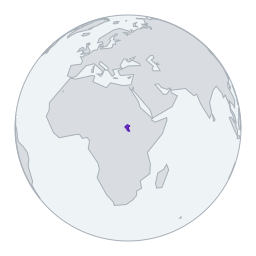 Unity on an orthographic globe, rotated 356°
{"feature_id": "SDS-871", "entity_name": "Unity", "entity_type": "State", "adm_level": 1, "iso_a3": "SSD", "parent_name": "South Sudan", "parent_adm1": "", "projection": "orthographic", "projection_center": [30.188, 8.676], "detail": "fine", "context": "on_globe", "style": "filled", "palette": "violet", "viewbox_px": 256, "rotation_deg": 356, "n_neighbors": 0, "source": "natural_earth", "source_scale": "10m", "svg_char_len": 7997}
<svg xmlns="http://www.w3.org/2000/svg" viewBox="0 0 256 256"><g transform="rotate(356 128 128)"><circle cx="128" cy="128" r="113" fill="#eef3f6" stroke="#a8b0b8"/><path d="M91.8,21.3L89.8,22.0L87.8,22.8L91.8,21.3ZM78.0,27.0L77.4,27.4L74.3,29.2L70.7,31.2L69.2,32.1L72.4,30.5L65.6,35.0L60.8,39.5L59.1,40.8L56.0,42.4L56.4,41.2L53.7,43.3L61.3,37.2L69.5,31.8L78.0,27.0ZM53.0,43.9L54.8,42.7L50.3,46.6L49.5,47.6L51.2,46.4L49.6,48.0L46.7,50.1L48.1,48.7L49.0,47.9L49.2,47.5L48.5,48.2L53.0,43.9ZM16.8,110.0L16.1,117.2L16.9,122.3L17.1,127.5L16.8,130.3L17.5,131.8L17.5,133.7L22.2,139.3L26.0,145.6L26.9,152.4L25.7,159.1L29.1,174.7L28.1,178.1L31.0,184.3L35.6,192.4L31.3,185.8L27.5,178.9L24.2,171.7L21.4,164.4L19.1,156.9L17.4,149.2L16.2,141.4L15.5,133.6L15.4,125.7L15.8,117.9L16.8,110.0ZM101.6,18.5L101.1,18.6L100.8,18.7L101.6,18.5ZM96.1,20.2L96.7,19.9L98.5,19.4L96.1,20.2ZM104.9,17.7L105.1,17.7L103.9,18.0L104.9,17.7ZM108.0,17.2L103.6,18.1L102.1,18.6L100.5,19.0L103.2,18.1L108.0,17.2ZM108.0,17.2L107.8,17.2L106.8,17.4L108.0,17.2ZM107.9,17.2L108.9,17.0L108.0,17.2L107.9,17.2ZM111.1,16.7L109.6,16.9L109.2,17.0L111.1,16.7ZM112.2,16.5L113.4,16.3L109.9,16.8L112.1,16.5L112.2,16.5ZM113.6,16.6L109.3,17.2L108.3,17.2L112.6,16.5L113.6,16.6ZM217.4,59.5L216.4,58.2L214.5,55.9L215.7,57.9L213.1,54.7L215.2,58.1L217.4,60.6L217.4,59.8L220.4,64.5L223.8,69.1L227.2,74.9L231.6,86.1L231.5,90.0L232.1,92.0L230.5,90.0L230.7,94.3L235.6,105.3L236.3,108.7L235.6,115.7L235.1,113.2L230.9,107.9L231.8,116.1L235.1,122.3L236.3,130.2L234.5,128.1L233.1,121.3L231.6,119.2L230.8,112.0L227.2,101.9L225.3,104.4L224.3,100.2L219.0,92.5L215.7,95.9L211.2,108.0L212.5,118.8L210.1,124.0L202.3,109.2L198.8,99.1L196.0,100.4L188.1,92.6L174.4,93.3L172.4,90.8L169.9,92.2L164.2,89.9L161.2,85.9L157.8,86.4L165.9,97.1L169.5,96.7L172.5,92.2L174.1,96.1L179.5,99.4L173.6,109.7L153.3,119.8L151.3,111.7L135.7,90.6L136.2,88.2L136.1,87.9L135.9,87.4L134.5,91.3L131.8,87.3L140.1,101.9L141.6,108.4L153.0,120.3L151.9,121.6L155.6,124.0L167.3,120.3L167.4,123.0L161.9,136.0L145.6,153.8L147.8,165.2L146.6,175.0L136.5,181.6L137.4,188.9L132.2,191.6L131.9,195.7L127.8,200.1L120.8,204.2L108.9,204.3L108.1,200.6L102.1,193.3L93.7,175.4L96.6,167.2L95.5,160.7L86.9,146.0L88.8,137.9L86.5,134.5L81.8,135.2L79.2,131.0L76.3,130.8L58.6,132.9L53.3,127.3L47.3,110.7L50.6,104.5L51.4,97.2L74.1,74.1L78.7,75.6L96.4,73.1L98.5,74.0L96.2,79.4L109.3,86.3L113.8,81.7L125.8,85.4L134.0,85.2L137.4,75.1L124.0,75.1L121.9,70.3L132.9,66.1L144.6,66.6L144.2,64.8L137.0,60.8L139.9,57.6L134.5,59.2L136.5,61.0L133.2,62.3L131.1,60.8L132.2,59.6L128.8,58.8L124.4,65.2L126.0,67.7L116.7,68.9L118.4,73.3L115.9,75.5L111.9,68.8L112.5,66.4L105.0,59.6L103.5,62.2L110.5,68.9L108.3,68.4L106.4,72.5L106.0,68.9L98.8,61.5L90.5,63.0L79.7,73.0L75.0,73.8L71.2,71.7L75.5,61.6L85.6,61.0L87.3,58.0L85.6,53.6L88.8,54.0L89.3,52.3L93.2,52.1L98.9,48.2L102.8,47.8L105.4,43.1L107.8,42.4L105.6,45.3L106.2,47.3L116.0,47.1L118.0,46.2L118.9,43.2L121.5,43.8L121.1,41.0L126.9,40.0L119.5,39.1L120.4,36.2L124.0,34.1L123.0,33.1L117.0,36.6L115.8,38.2L116.9,39.8L112.5,44.8L109.0,45.6L108.6,40.2L103.6,41.0L105.5,36.9L120.6,29.2L126.7,28.1L136.1,31.6L134.5,33.1L130.3,32.5L133.9,35.5L133.8,34.1L135.9,34.7L137.3,32.5L138.9,32.9L137.4,30.4L139.5,30.6L140.4,32.2L144.2,29.8L148.7,30.0L148.8,29.3L147.6,28.5L154.1,29.7L153.8,29.1L151.6,28.5L149.8,27.1L149.0,25.3L151.3,25.8L151.9,26.5L156.5,29.0L157.7,31.2L158.6,31.2L158.1,29.5L152.4,26.4L151.3,25.2L154.3,26.4L153.1,25.9L153.2,25.4L155.5,25.6L152.4,24.2L151.1,20.2L155.4,20.5L158.2,21.7L159.6,20.6L164.4,21.8L162.3,21.1L161.7,20.6L160.2,20.2L159.2,19.9L158.2,19.5L165.9,21.9L173.4,24.9L180.7,28.4L187.7,32.5L194.4,37.0L200.7,42.0L206.7,47.4L212.3,53.3L217.4,59.5ZM66.1,85.9L65.4,88.0L66.1,85.9ZM157.1,72.8L164.1,73.1L160.9,67.0L163.3,66.7L161.4,64.9L160.6,66.6L155.8,61.7L158.8,59.9L157.9,57.5L155.5,57.3L150.8,61.4L157.7,68.2L156.1,70.7L157.1,72.8ZM17.3,107.1L17.1,108.1L17.3,107.1ZM50.5,46.5L50.7,46.4L50.4,46.9L49.8,47.3L50.5,46.5ZM53.8,45.8L51.2,48.4L52.6,46.7L51.2,47.6L52.5,45.5L58.2,41.4L55.4,43.5L53.8,45.8ZM55.7,41.9L54.3,43.4L55.7,42.0L55.7,41.9ZM88.6,44.3L89.7,45.3L88.1,47.1L83.1,48.5L85.4,45.7L88.6,44.3ZM91.8,46.3L92.8,41.1L95.9,40.3L94.0,41.6L96.0,41.6L93.4,43.7L95.5,48.4L94.1,50.4L85.6,51.3L89.1,49.8L87.8,48.8L91.8,46.3ZM89.7,32.1L90.1,30.7L96.4,30.7L95.2,32.1L90.2,33.3L88.5,32.4L89.7,32.1ZM86.3,23.4L86.1,23.5L87.0,23.1L88.0,22.8L86.3,23.4ZM82.2,25.1L82.6,25.0L85.6,23.8L87.1,23.2L91.9,21.4L93.8,20.7L99.1,19.1L100.0,18.9L99.8,19.0L97.6,19.6L98.9,19.3L95.6,20.2L96.2,20.1L88.3,23.2L87.6,23.3L83.8,25.4L80.5,26.6L83.1,25.1L77.7,27.8L78.8,27.0L75.3,28.9L81.5,25.5L82.2,25.1L82.2,25.1ZM116.9,18.9L114.5,18.8L116.5,19.8L113.2,20.1L113.7,20.2L111.2,20.9L109.0,22.0L107.5,22.1L107.3,22.5L105.6,23.1L104.8,23.8L101.9,24.2L100.7,25.2L100.0,24.9L98.6,26.4L98.4,25.5L96.2,26.4L97.6,26.8L84.0,29.1L78.6,31.3L74.1,33.9L74.3,32.4L78.5,29.3L84.6,26.0L89.8,24.3L88.9,24.2L91.2,23.4L90.9,23.8L92.6,22.7L94.4,22.2L99.8,20.3L101.2,19.3L103.2,18.7L103.6,18.9L105.3,18.2L107.4,18.2L108.9,17.9L112.4,17.7L112.2,18.5L113.9,18.1L116.7,18.1L116.9,18.9ZM114.5,16.5L115.1,17.0L113.6,17.5L108.1,17.7L106.4,18.0L102.8,18.4L105.1,17.8L105.9,17.7L107.2,17.4L106.0,17.7L108.0,17.3L109.2,17.2L111.0,16.9L110.7,17.1L114.5,16.5ZM101.2,72.0L102.9,72.2L105.6,72.0L104.5,74.7L101.2,72.0ZM96.1,66.9L97.7,66.6L97.4,70.0L95.6,69.9L96.1,66.9ZM98.8,63.7L97.8,66.3L97.3,64.8L98.8,63.7ZM107.1,44.9L108.8,44.6L108.9,45.3L107.8,46.3L107.1,44.9ZM122.2,23.4L121.0,22.9L121.6,22.7L121.2,21.3L123.6,21.2L124.8,21.9L122.2,23.4ZM135.0,76.8L132.5,78.8L131.3,77.9L132.4,77.4L135.0,76.8ZM117.7,76.7L121.5,78.0L117.3,77.5L117.7,76.7ZM124.7,23.0L124.3,22.4L125.7,22.7L124.7,23.0ZM125.3,21.0L127.1,21.3L123.8,21.0L125.3,21.0ZM174.6,220.3L174.9,221.3L173.3,221.6L174.6,220.3ZM165.7,172.6L157.7,189.7L152.4,190.0L151.6,185.2L154.6,174.9L160.8,171.7L163.9,166.9L165.7,172.6ZM239.3,145.3L239.0,146.5L239.3,145.3L239.3,145.2L239.3,145.3ZM239.1,145.5L237.2,146.5L236.1,145.6L236.7,143.6L238.4,143.3L239.1,145.5ZM236.5,143.5L234.5,138.9L229.7,124.5L231.5,124.3L236.1,132.6L235.9,134.3L237.1,138.1L236.5,143.5ZM240.4,132.0L240.1,137.0L239.3,137.2L238.8,136.6L238.5,130.5L238.7,127.2L239.2,127.1L239.7,115.5L240.1,117.8L240.3,122.6L240.6,126.6L240.4,132.0ZM213.0,119.8L215.5,126.0L214.0,127.2L213.0,119.8ZM238.7,107.7L239.3,112.7L238.4,106.2L238.7,107.7ZM237.5,101.9L238.1,104.1L237.5,102.0L237.5,101.9ZM233.1,95.1L232.7,95.9L232.1,94.3L232.4,92.4L233.1,95.1ZM229.8,80.1L231.8,84.6L232.5,86.2L231.3,83.5L229.8,80.1ZM144.5,23.0L142.4,24.8L142.5,26.5L145.1,27.9L140.6,27.0L140.5,24.4L144.5,23.0ZM150.0,20.4L147.8,19.5L149.3,19.7L150.0,19.9L150.0,20.4ZM148.3,20.1L144.5,19.6L143.6,19.0L146.8,19.4L148.3,20.1ZM134.6,20.7L133.8,21.1L132.7,20.8L134.6,20.7ZM224.7,185.7L228.4,178.8L231.4,172.3L232.7,169.5L229.1,177.7L224.7,185.7ZM240.1,138.7L240.5,133.9L240.6,127.8L240.6,126.7L240.6,127.5L240.1,138.7ZM238.4,105.7L238.2,104.6L238.4,105.7ZM237.6,101.9L237.4,101.2L234.8,92.5L234.8,92.1L236.7,98.6L237.1,100.0L237.6,101.9ZM158.4,19.7L157.1,19.3L157.9,19.4L158.4,19.7ZM153.9,18.4L153.9,18.5L153.0,18.2L153.9,18.4ZM154.1,18.8L153.5,18.4L155.4,19.1L154.1,18.8Z" fill="#d9dde1" stroke="#a8b0b8" stroke-width="1"/><path d="M129.1,125.9L129.3,125.9L129.5,125.9L129.5,126.3L129.4,126.4L129.2,126.4L128.9,126.3L128.7,126.3L128.4,126.4L128.4,126.5L128.3,126.8L128.3,127.0L128.2,127.1L128.1,127.3L128.0,127.5L128.1,127.8L128.1,127.7L128.1,127.8L128.2,128.0L128.2,128.3L128.3,128.3L128.3,128.5L128.3,128.8L128.2,128.9L128.2,129.0L128.3,129.1L128.5,129.3L128.6,129.5L128.7,129.8L128.6,130.0L128.7,130.3L128.8,130.4L128.8,130.5L129.0,130.7L129.0,130.8L129.1,131.0L128.3,131.1L128.1,131.0L127.4,129.8L127.4,129.7L127.0,129.7L127.0,128.5L126.9,128.4L126.4,128.1L125.9,127.3L125.4,127.3L125.4,127.2L125.5,127.0L125.5,126.9L125.6,126.7L125.4,126.7L125.4,126.4L125.5,126.3L125.7,126.2L126.0,126.0L126.6,125.9L126.8,125.7L126.9,125.3L127.0,125.2L127.6,124.9L128.1,125.2L128.6,125.5L129.1,125.9L129.1,125.9Z" fill="#8b5cf6" stroke="#5b21b6" stroke-width="1.5"/></g></svg>